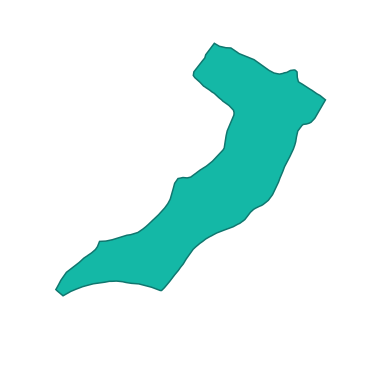 the district of San Andrés Sajcabajá, Quiché, Guatemala, rotated 35°
{"feature_id": "79465075B6703764087341", "entity_name": "San Andrés Sajcabajá", "entity_type": "district", "adm_level": 2, "iso_a3": "GTM", "parent_name": "Guatemala", "parent_adm1": "Quiché", "projection": "natural_earth1", "projection_center": [-90.946, 15.223], "detail": "fine", "context": "isolated", "style": "filled", "palette": "teal", "viewbox_px": 384, "rotation_deg": 35, "n_neighbors": 0, "source": "geoboundaries", "source_scale": "gbopen_adm2", "svg_char_len": 1964}
<svg xmlns="http://www.w3.org/2000/svg" viewBox="0 0 384 384"><g transform="rotate(35 192 192)"><path d="M259.5,148.0L257.2,134.3L256.0,129.9L255.5,127.4L254.6,123.2L253.3,118.2L251.8,106.7L250.4,98.6L249.3,94.7L248.1,91.3L246.0,87.0L243.7,81.4L243.9,74.4L244.4,72.8L246.8,70.6L248.0,69.1L248.6,68.3L249.5,66.6L250.3,61.2L248.5,40.0L241.5,39.5L237.9,39.9L232.0,39.9L229.4,40.1L220.3,40.4L216.9,40.7L215.7,40.5L212.5,37.7L209.2,33.4L206.8,33.0L205.7,33.4L202.9,36.0L201.1,39.6L199.0,41.7L198.8,42.3L196.1,45.2L194.4,46.0L190.9,47.5L185.2,48.2L166.9,48.0L151.3,51.6L141.3,51.7L137.0,54.4L132.3,56.3L131.0,56.9L125.0,57.4L124.5,71.7L125.6,74.8L125.3,78.9L124.6,92.5L126.2,95.8L128.7,96.7L135.5,97.5L140.7,98.6L148.1,98.4L151.0,98.6L153.6,98.4L159.9,99.3L163.1,99.5L165.4,99.9L172.6,99.9L179.0,101.2L181.0,102.9L182.2,105.0L185.8,121.8L187.7,126.4L193.2,137.6L193.3,140.0L191.1,155.1L188.9,162.7L186.2,169.0L182.4,180.5L180.0,183.2L176.3,185.3L174.1,187.7L172.8,189.0L172.8,194.8L174.9,200.6L178.3,210.4L178.9,215.4L178.8,220.7L177.6,230.2L176.1,237.3L174.8,243.9L174.1,246.9L173.1,250.3L170.9,256.2L166.2,262.2L163.5,264.7L154.1,276.8L149.6,281.6L144.6,285.5L145.9,291.0L145.9,294.5L144.6,299.6L141.3,308.3L140.0,314.4L135.2,329.8L135.2,339.3L135.5,341.8L135.8,344.0L136.3,348.4L136.4,350.0L138.2,350.3L140.3,350.5L145.9,351.0L148.9,344.7L149.8,342.8L150.9,341.1L152.7,338.2L156.7,332.3L159.5,328.9L163.8,323.8L172.2,316.0L175.6,312.5L178.0,310.8L181.2,308.3L186.6,305.3L189.8,304.0L194.9,301.5L201.1,297.8L213.5,293.2L222.5,290.9L223.6,290.1L224.3,286.2L225.0,278.1L225.3,270.1L225.8,264.2L225.8,260.1L226.1,255.9L225.7,250.4L225.8,238.3L226.5,234.9L227.9,229.6L229.1,226.3L230.2,222.6L232.2,218.3L233.1,216.7L234.1,214.6L235.8,211.3L240.5,204.3L245.7,196.8L247.9,192.3L249.1,190.3L251.1,184.3L251.5,175.1L252.4,171.0L253.2,169.1L255.4,165.1L256.7,163.1L257.4,161.5L258.5,157.9L259.3,155.0L259.5,148.0Z" fill="#14b8a6" stroke="#0f766e" stroke-width="1.5"/></g></svg>